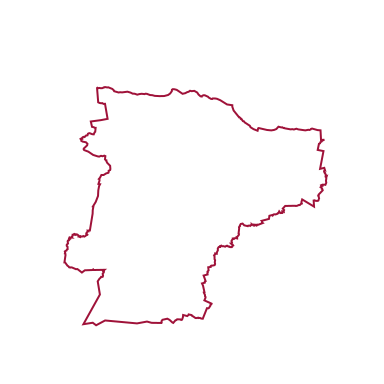 the district of Central Hawke's Bay District, Hawke's Bay, New Zealand, rotated 255°
{"feature_id": "76426892B41441178851735", "entity_name": "Central Hawke's Bay District", "entity_type": "district", "adm_level": 2, "iso_a3": "NZL", "parent_name": "New Zealand", "parent_adm1": "Hawke's Bay", "projection": "equal_earth", "projection_center": [176.584, -40.056], "detail": "fine", "context": "isolated", "style": "outline", "palette": "rose", "viewbox_px": 384, "rotation_deg": 255, "n_neighbors": 0, "source": "geoboundaries", "source_scale": "gbopen_adm2", "svg_char_len": 5994}
<svg xmlns="http://www.w3.org/2000/svg" viewBox="0 0 384 384"><g transform="rotate(255 192 192)"><path d="M92.4,52.9L91.4,62.3L88.1,64.9L90.4,74.8L79.3,104.9L78.5,115.0L76.1,119.1L73.4,128.6L73.7,128.9L75.1,129.1L76.2,130.4L76.0,135.4L74.3,137.2L71.0,139.3L70.4,140.0L72.4,142.9L72.3,143.7L72.9,144.7L71.9,147.9L71.2,148.4L71.3,149.4L73.4,150.8L75.5,151.6L73.4,155.3L74.1,156.8L74.6,157.1L73.2,159.8L72.0,160.2L71.7,160.8L69.4,162.7L69.1,163.5L69.0,165.4L68.6,165.5L68.3,167.1L67.4,168.1L66.8,169.6L75.9,176.4L75.4,177.7L75.6,178.3L77.3,180.2L78.1,180.5L78.5,181.6L79.1,182.0L84.1,175.9L86.4,177.7L87.2,177.9L87.9,177.6L89.3,177.9L91.7,177.4L91.9,177.4L91.9,178.1L98.7,178.4L101.1,178.0L101.1,180.9L102.2,181.2L102.4,182.1L108.3,181.6L108.3,185.7L109.7,185.8L110.1,186.4L111.2,186.4L111.9,187.7L115.1,188.2L114.8,190.7L115.6,190.9L115.9,191.7L115.6,192.8L115.5,194.9L116.5,195.7L118.2,195.8L120.2,196.7L121.2,196.4L124.0,197.1L125.1,196.9L125.6,198.0L126.7,198.5L125.9,199.9L127.4,200.5L129.0,201.9L130.8,202.3L131.9,203.5L131.6,204.8L132.5,205.0L132.6,206.5L131.8,206.9L131.6,208.2L130.6,209.9L131.1,211.3L130.6,212.0L130.8,212.3L129.4,213.7L129.6,214.0L128.8,214.9L128.6,215.6L128.5,216.1L128.9,216.3L128.9,216.8L129.6,217.2L129.7,217.9L130.7,217.6L131.6,216.6L132.2,216.3L132.1,216.9L132.9,217.6L134.4,217.4L135.7,218.7L135.8,219.3L136.4,219.4L136.0,220.3L136.4,220.4L136.1,222.6L135.6,223.4L136.6,223.5L136.4,223.8L136.9,223.9L138.3,226.0L139.2,226.5L139.8,226.2L144.5,228.1L145.9,228.3L146.6,229.5L147.2,229.5L148.5,230.8L148.4,232.7L146.3,233.8L144.9,236.4L144.9,237.0L144.6,237.2L144.9,237.7L144.7,238.9L144.2,239.4L145.0,240.7L144.8,241.1L145.2,241.2L144.8,241.4L145.1,241.8L144.8,242.4L143.5,243.5L143.8,243.9L144.3,243.8L143.8,245.2L143.6,244.9L143.6,245.3L143.2,245.2L142.8,245.7L143.5,246.9L143.2,247.4L143.7,252.3L144.5,251.7L145.6,252.2L146.1,251.9L146.1,259.4L149.0,260.6L149.0,263.9L148.5,264.0L149.2,265.0L149.0,266.4L148.7,266.8L148.8,268.5L149.2,269.1L149.0,269.3L149.4,270.1L150.7,271.2L148.8,271.9L148.4,273.7L149.2,273.8L149.3,274.5L149.8,274.5L149.1,275.5L149.9,275.6L150.7,276.3L152.5,275.4L154.4,278.4L152.0,288.1L151.6,288.7L151.5,290.3L151.8,291.6L151.5,292.7L152.3,294.1L152.4,295.1L153.8,295.0L156.3,296.5L146.3,306.1L152.3,307.3L152.3,308.1L151.3,309.5L150.9,311.2L151.0,311.8L152.1,312.6L152.2,313.3L152.2,313.0L154.8,313.2L155.6,312.9L155.9,313.5L156.7,313.6L159.8,318.7L161.3,318.6L161.6,318.1L162.7,318.3L163.4,317.6L163.9,318.6L165.1,318.4L165.3,319.8L164.7,320.1L165.0,320.3L165.0,321.4L164.4,322.7L166.2,324.1L168.2,324.3L170.2,325.2L171.5,325.3L171.7,325.8L172.2,326.1L172.0,325.4L172.3,325.0L174.2,325.8L175.4,325.3L175.9,325.5L176.4,325.0L177.7,324.9L178.4,325.3L178.7,325.8L178.5,326.1L181.1,326.0L181.2,321.7L197.5,329.6L200.1,324.3L205.7,327.1L205.9,328.3L206.9,328.9L207.2,330.3L207.9,331.1L208.2,333.4L208.9,330.1L218.3,332.1L219.3,329.3L222.2,324.4L222.1,323.2L221.3,322.3L221.2,322.4L222.0,320.4L222.2,317.4L225.0,310.8L226.1,309.2L226.0,306.6L226.7,305.3L227.0,303.4L229.5,298.1L230.0,297.7L230.1,296.9L231.1,296.0L231.2,295.1L232.7,292.4L231.0,289.8L230.7,287.3L231.0,284.5L232.5,280.5L236.5,273.0L236.4,272.4L234.2,271.2L236.8,267.7L239.4,265.3L241.0,265.0L245.6,260.9L246.9,260.4L247.3,259.5L248.8,259.0L249.6,258.3L249.8,258.6L252.1,257.1L252.0,256.8L259.9,253.3L263.9,253.0L265.4,253.4L267.5,248.5L273.3,243.1L275.6,240.2L276.4,238.4L277.0,236.2L276.6,235.6L277.0,234.5L279.0,232.5L279.8,232.2L282.1,229.4L282.5,227.9L282.1,226.3L281.7,226.1L282.2,225.0L284.5,223.5L286.7,222.8L289.1,220.4L289.5,217.7L290.3,216.3L289.7,214.7L289.7,213.2L289.2,211.1L289.3,208.3L294.6,203.7L295.7,201.8L296.3,200.1L296.0,199.1L294.6,198.6L292.8,196.4L291.9,194.1L291.9,190.0L293.0,185.5L294.5,180.9L295.8,178.7L296.5,176.6L298.5,173.8L299.0,172.4L298.8,171.6L299.9,168.8L300.2,166.5L300.2,164.3L301.8,162.0L302.3,160.2L303.9,158.4L305.6,155.6L306.3,150.3L307.0,148.3L307.1,146.9L309.5,142.9L310.2,142.9L312.2,141.7L314.8,138.2L314.9,137.2L315.9,135.1L315.7,134.3L315.9,133.7L315.5,132.6L315.8,130.9L316.5,129.4L316.5,128.4L317.2,127.6L317.0,127.2L302.9,124.6L301.9,125.8L301.2,127.3L301.1,128.3L300.0,129.3L299.7,130.8L284.5,129.4L285.0,122.6L286.3,112.5L280.8,112.3L280.0,113.9L279.1,114.7L278.9,115.5L275.2,114.1L274.8,113.3L273.1,112.0L273.7,110.5L275.3,108.4L275.4,107.3L275.2,106.6L273.8,105.7L274.0,104.3L272.9,102.5L273.3,102.0L273.3,101.0L273.0,100.3L271.9,99.9L272.4,99.1L272.1,98.1L271.0,98.6L270.1,98.3L269.0,99.4L267.5,102.4L265.6,103.5L264.2,102.8L262.0,98.7L261.2,98.4L260.4,98.7L257.8,102.3L253.4,106.1L250.9,110.0L250.2,111.5L250.5,113.5L249.7,114.8L249.8,116.7L249.1,117.6L246.1,116.4L244.9,117.0L244.7,117.5L243.8,117.3L242.0,117.7L238.5,119.7L235.3,119.1L234.4,118.6L234.1,117.0L232.7,116.6L232.2,116.2L232.2,114.0L231.3,111.0L231.9,108.9L229.6,106.8L228.7,105.5L228.4,105.9L226.9,105.6L224.0,103.7L223.3,105.2L221.8,103.8L217.8,101.9L212.5,100.2L207.3,96.4L203.7,92.6L203.5,93.0L200.1,91.4L196.8,90.4L181.5,83.5L181.8,83.1L181.6,82.6L180.8,82.0L181.6,81.1L180.9,80.9L179.5,79.2L177.8,79.9L177.6,79.5L177.8,78.5L177.1,77.8L176.8,76.3L177.6,75.6L177.4,74.4L177.8,73.2L177.3,72.4L178.0,71.5L178.4,71.8L178.5,70.8L179.5,71.0L180.5,70.3L180.7,68.9L181.1,69.1L181.3,68.6L181.0,68.2L181.7,67.7L181.4,67.3L181.8,67.0L181.4,66.3L181.6,65.6L179.3,64.6L179.3,64.3L179.8,64.1L179.4,63.3L179.2,63.5L179.4,62.7L179.1,62.6L179.8,61.9L179.1,61.3L178.5,61.5L178.3,61.1L177.8,61.4L177.1,60.5L177.1,59.5L176.5,59.1L174.3,58.9L173.8,57.8L173.2,57.2L172.2,57.1L171.4,57.6L169.0,57.1L168.8,56.3L167.9,55.6L167.9,54.8L167.5,53.8L166.7,53.9L165.5,53.3L165.2,53.7L163.8,53.5L157.1,50.6L157.0,51.1L153.1,52.6L151.9,53.6L151.1,53.8L150.5,54.9L150.6,55.5L150.1,56.6L147.5,59.9L147.2,61.4L142.7,64.8L144.1,68.2L142.4,75.7L142.8,76.5L142.1,76.8L139.5,87.3L139.3,86.9L137.5,86.1L137.7,85.8L137.3,85.9L136.1,84.5L134.5,84.5L133.3,83.9L133.2,83.3L133.6,82.3L132.7,81.3L132.3,80.3L130.1,77.8L116.8,76.5L92.4,52.9Z" fill="none" stroke="#9f1239" stroke-width="2"/></g></svg>